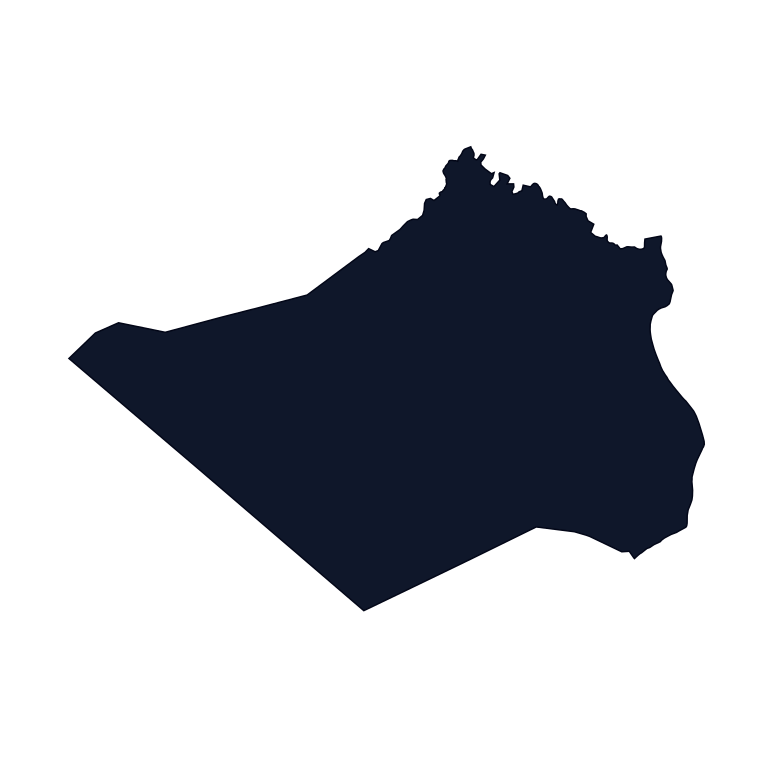 outline of North-East, Guadalcanal, Solomon Islands, rotated 81°
{"feature_id": "97153195B83197530845720", "entity_name": "North-East", "entity_type": "district", "adm_level": 2, "iso_a3": "SLB", "parent_name": "Solomon Islands", "parent_adm1": "Guadalcanal", "projection": "orthographic", "projection_center": [160.275, -9.538], "detail": "fine", "context": "isolated", "style": "filled", "palette": "ink", "viewbox_px": 768, "rotation_deg": 81, "n_neighbors": 0, "source": "geoboundaries", "source_scale": "gbopen_adm2", "svg_char_len": 4111}
<svg xmlns="http://www.w3.org/2000/svg" viewBox="0 0 768 768"><g transform="rotate(81 384 384)"><path d="M595.6,163.9L594.4,162.2L592.7,159.6L591.7,157.9L591.0,156.1L588.0,150.8L587.7,150.3L587.4,149.3L587.2,147.8L586.9,146.8L584.9,142.6L582.9,135.7L581.7,134.4L580.0,131.2L579.1,128.7L577.5,124.0L576.3,118.2L575.5,116.3L572.7,108.4L572.0,107.6L570.8,107.0L568.9,106.4L561.3,105.1L555.9,103.3L550.9,100.3L548.5,99.0L546.6,98.0L542.9,96.9L537.1,95.8L528.6,95.2L526.5,94.7L524.0,94.3L516.1,90.9L510.8,88.3L507.6,86.4L498.6,80.2L497.3,79.5L496.0,78.3L493.7,77.1L490.6,76.8L484.3,77.4L472.2,79.1L464.7,80.6L460.9,81.8L459.2,82.4L456.6,83.8L448.0,88.6L446.4,89.9L443.8,91.6L435.2,96.7L431.0,99.1L426.1,101.6L424.6,102.5L421.6,103.5L418.6,105.0L416.1,106.0L414.3,106.8L410.4,107.9L406.7,108.6L403.1,109.5L397.3,110.8L392.0,111.8L387.9,112.3L381.4,113.0L377.2,113.0L374.2,112.9L371.9,112.7L368.3,112.0L366.9,111.8L363.4,110.5L358.4,108.2L357.3,107.1L353.9,102.6L352.9,100.4L352.2,98.1L351.7,94.3L350.8,92.0L349.4,89.7L347.5,88.6L343.8,87.2L340.7,86.0L337.3,84.0L336.7,83.8L331.1,84.3L330.1,84.7L325.2,87.8L323.0,88.5L320.5,88.7L319.0,88.4L316.9,87.7L314.8,86.3L313.7,86.3L310.7,87.0L306.0,87.2L302.3,88.5L299.8,89.2L297.3,89.7L293.4,89.7L291.6,89.4L286.5,87.6L283.4,87.0L282.0,87.0L281.2,87.3L281.7,103.6L285.2,104.5L289.7,105.3L290.9,106.5L291.2,109.0L290.8,111.0L289.7,113.2L287.9,115.1L287.5,118.1L286.6,121.6L286.5,122.8L287.6,126.9L287.5,129.5L283.2,132.0L283.2,133.0L283.0,134.0L282.0,134.5L281.0,135.5L280.5,136.5L280.0,139.2L279.2,140.1L277.9,140.9L277.2,141.1L275.8,141.0L274.3,140.6L272.9,140.5L271.9,140.7L271.6,141.0L272.0,141.9L273.3,143.2L273.7,143.8L273.8,145.0L273.8,146.3L273.4,147.7L272.0,150.3L271.1,152.3L266.6,156.2L259.0,151.8L254.7,157.0L250.1,158.2L247.5,157.7L245.7,159.4L244.8,160.7L244.1,161.5L243.7,162.3L243.5,163.3L242.8,164.3L241.5,166.9L241.0,167.8L240.5,169.7L240.4,171.5L240.0,172.7L238.2,174.1L235.9,175.6L233.3,176.8L231.3,178.1L229.6,179.0L229.0,179.7L228.7,181.4L228.5,181.9L228.7,182.7L230.5,183.6L232.0,183.9L233.0,184.2L234.2,184.9L234.0,185.6L233.5,186.1L231.7,186.9L230.4,187.0L226.6,188.7L225.6,189.1L225.0,189.7L224.4,190.9L224.5,191.6L225.1,192.5L226.4,194.1L226.6,194.7L226.6,196.5L226.2,197.1L225.0,197.8L224.1,197.9L222.2,198.0L221.1,197.9L219.6,198.0L218.4,198.3L216.1,198.8L214.6,199.3L213.4,199.9L212.6,200.5L211.7,200.7L210.8,201.3L210.0,202.2L209.4,203.6L209.5,204.9L210.4,206.3L211.5,207.5L212.2,208.5L209.4,215.4L214.7,217.6L215.3,220.5L216.4,222.1L216.9,226.9L214.0,227.6L209.8,224.9L206.6,224.7L205.6,231.1L200.5,227.5L197.4,229.2L193.5,236.4L194.4,237.4L200.7,237.7L206.2,244.5L203.5,247.9L200.9,247.7L198.9,246.5L197.4,244.5L192.4,242.2L193.1,245.0L187.5,250.5L182.9,253.9L180.1,253.8L177.2,250.6L173.8,248.1L172.3,252.2L176.8,256.6L177.1,257.8L175.9,259.2L174.5,260.4L172.1,259.3L170.2,259.1L168.1,259.7L166.9,259.9L165.0,260.9L163.3,261.2L164.6,267.2L165.0,268.2L166.4,269.8L168.7,271.2L170.9,273.2L171.0,273.5L171.8,274.5L172.6,274.8L174.2,275.9L175.6,276.4L175.2,277.0L174.7,278.1L174.5,279.9L173.8,281.5L173.6,283.2L173.6,284.2L173.9,284.8L174.5,285.2L175.4,285.6L176.2,286.2L178.3,288.8L180.5,290.3L181.0,291.2L182.8,292.4L184.9,292.2L186.3,291.7L187.0,291.3L188.7,290.7L190.7,290.2L191.7,290.7L193.2,290.8L194.9,290.9L196.1,290.7L199.1,292.4L199.7,293.3L200.9,293.7L202.1,295.4L202.9,296.0L203.1,296.4L203.3,297.9L203.5,298.4L204.2,299.5L205.3,299.5L205.7,299.1L206.3,299.1L207.3,300.0L210.6,305.9L208.0,309.1L208.4,313.4L212.0,315.7L218.7,317.2L223.5,319.5L226.8,325.1L225.8,329.5L226.1,331.4L227.3,335.4L230.8,340.2L233.9,344.0L238.5,353.2L241.2,354.8L243.1,356.4L244.2,362.5L245.0,364.0L251.3,368.8L252.0,372.1L247.9,378.0L251.0,382.1L254.0,388.5L254.4,389.3L284.1,446.0L289.5,500.2L289.7,503.0L292.7,534.9L298.7,591.8L298.6,592.3L282.0,636.6L288.5,661.1L309.5,691.2L436.8,582.2L503.3,525.6L527.4,505.1L535.8,497.9L548.1,487.5L604.7,439.4L589.6,389.0L570.3,325.0L549.0,256.0L559.7,219.0L563.2,211.6L564.9,208.0L566.7,204.7L574.2,193.8L586.9,175.4L587.6,167.9L594.9,164.4L595.6,163.9Z" fill="#0f172a" stroke="#020617" stroke-width="1.5"/></g></svg>